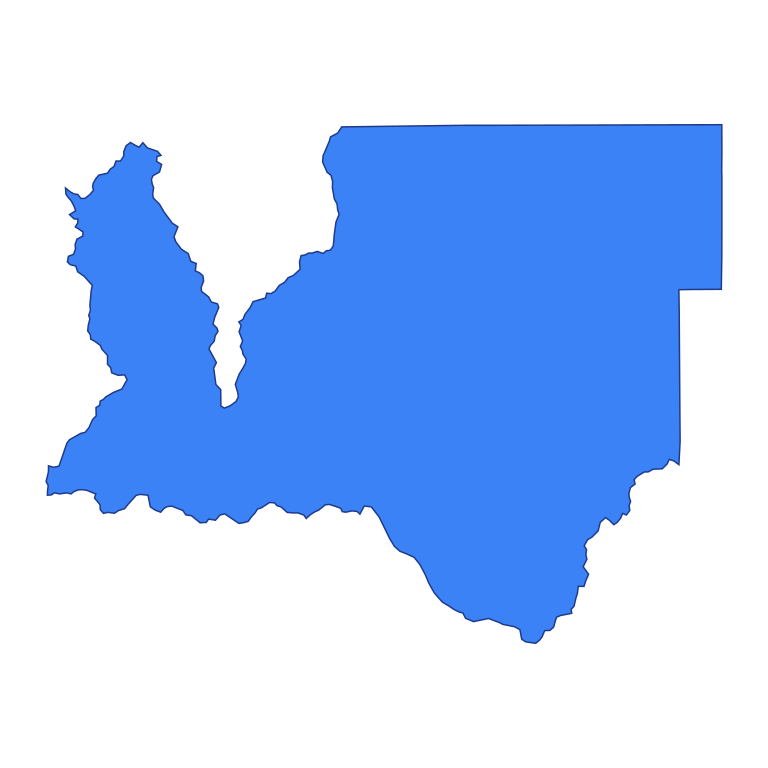 Presidente Médici, Rondônia, Brazil (Mercator projection)
{"feature_id": "56859067B10232029325302", "entity_name": "Presidente Médici", "entity_type": "district", "adm_level": 2, "iso_a3": "BRA", "parent_name": "Brazil", "parent_adm1": "Rondônia", "projection": "mercator", "projection_center": [-61.989, -11.194], "detail": "fine", "context": "isolated", "style": "filled", "palette": "blue", "viewbox_px": 768, "rotation_deg": 0, "n_neighbors": 0, "source": "geoboundaries", "source_scale": "gbopen_adm2", "svg_char_len": 4376}
<svg xmlns="http://www.w3.org/2000/svg" viewBox="0 0 768 768"><path d="M586.9,559.1L585.9,554.7L586.5,549.6L584.2,545.7L587.6,539.8L592.0,537.1L598.2,530.8L600.2,522.4L605.5,517.7L609.1,520.0L613.8,524.7L617.2,522.4L620.8,517.9L622.6,513.4L626.4,515.0L629.8,510.4L629.1,505.5L630.6,501.4L629.2,497.1L628.9,493.5L630.4,487.6L635.1,484.0L634.1,479.7L637.2,476.3L644.4,471.9L648.2,471.9L653.1,469.2L662.3,468.8L667.2,463.9L669.2,459.4L674.0,461.0L678.9,464.7L680.1,441.8L679.8,401.3L679.2,310.8L678.9,289.7L689.7,289.5L721.3,289.3L721.7,263.7L721.8,256.7L721.9,223.4L721.9,177.1L721.7,171.2L721.9,152.9L721.8,124.7L580.1,125.1L490.2,125.3L465.6,125.3L341.7,126.9L337.7,133.1L330.6,136.8L329.2,141.5L323.1,155.8L322.6,162.0L327.2,172.4L331.0,175.3L332.6,181.4L332.4,187.5L334.4,199.2L337.0,203.8L337.7,210.1L339.1,214.3L336.0,222.0L334.2,235.0L333.7,242.1L333.1,246.3L330.3,250.2L326.2,250.8L323.3,253.5L317.2,251.4L312.2,253.1L308.4,253.1L305.3,254.9L301.1,255.6L299.5,261.9L300.1,269.3L293.2,275.6L288.2,277.6L284.6,282.3L279.4,285.3L275.2,291.0L271.1,293.6L266.7,293.2L265.5,298.0L253.1,301.6L250.1,307.6L245.0,314.3L243.0,319.4L238.8,321.9L241.2,325.5L239.1,331.7L242.6,340.9L240.3,346.7L242.2,350.1L243.0,354.2L246.2,359.1L245.4,363.6L242.7,368.5L239.3,373.9L235.3,384.4L237.8,392.7L238.3,397.0L236.0,401.5L230.1,405.8L224.3,408.1L220.9,406.0L220.7,389.6L215.9,384.5L213.7,368.1L216.4,362.6L209.0,348.9L210.4,345.6L214.2,341.2L215.2,335.8L218.0,331.3L216.9,328.0L213.0,324.1L214.6,317.6L218.8,307.4L217.4,303.8L211.3,302.0L208.6,296.9L205.6,294.5L201.5,291.4L201.2,287.3L203.6,281.1L202.9,275.7L199.4,272.7L195.3,270.9L196.2,263.5L190.8,261.3L188.2,253.6L181.4,249.2L175.8,241.8L174.0,236.7L177.9,226.8L172.3,223.2L164.1,212.1L159.5,204.2L153.3,198.0L152.7,194.1L153.6,187.6L152.2,184.0L151.4,179.4L153.0,175.7L159.5,172.0L161.6,164.5L156.6,161.4L157.0,156.5L161.0,155.4L157.6,151.4L147.4,147.9L142.9,142.7L139.0,147.2L134.7,145.0L130.5,142.5L126.1,145.8L123.7,151.7L123.8,156.0L120.5,161.0L116.0,161.0L114.0,166.5L110.4,169.0L107.5,173.2L98.8,175.1L95.6,179.0L93.3,183.1L92.6,186.6L93.5,190.2L89.9,194.5L84.9,198.4L80.8,198.4L77.8,194.5L74.0,193.9L70.3,191.9L65.5,188.0L66.0,194.3L68.2,197.4L71.3,200.9L74.1,206.4L75.7,210.8L69.5,214.6L74.1,218.9L77.9,219.1L77.8,222.9L75.3,226.9L78.9,229.1L83.0,232.0L82.8,236.1L77.0,239.1L75.1,244.5L75.5,248.8L73.6,254.3L68.4,256.3L67.4,261.9L70.3,264.7L75.8,266.0L77.6,271.7L84.3,276.4L89.1,281.8L92.3,285.4L91.2,290.7L89.9,305.3L90.4,310.4L88.7,315.5L89.9,318.8L88.3,325.1L87.7,330.9L90.3,334.7L90.8,339.2L94.5,341.1L100.3,345.4L101.9,349.2L107.5,355.4L107.5,364.3L110.7,367.7L111.7,372.8L118.1,375.3L124.6,374.9L127.1,379.6L121.9,389.0L113.5,392.4L105.8,396.9L103.3,399.5L100.2,401.1L99.8,405.1L96.0,407.6L96.2,415.8L92.6,419.5L88.8,427.9L85.0,432.4L80.7,433.4L69.5,439.7L66.9,443.2L59.0,466.1L53.6,467.3L48.5,465.8L48.4,472.1L46.1,481.5L48.2,485.6L47.5,490.9L47.4,495.2L51.5,494.9L54.4,492.8L59.5,493.9L66.9,492.9L71.0,493.9L74.1,491.5L78.6,489.8L83.0,489.7L87.0,490.4L95.8,494.0L94.5,498.1L97.0,501.0L100.0,504.8L100.3,509.7L103.5,513.4L107.7,512.4L114.6,513.2L118.4,510.6L124.6,508.7L128.2,504.2L132.5,499.4L136.1,495.4L140.1,494.4L148.0,495.2L150.3,506.8L155.1,510.1L160.7,512.2L164.0,508.4L167.2,506.6L171.7,506.1L182.9,510.5L185.8,514.9L191.5,515.7L195.0,518.6L200.1,522.8L206.3,522.4L208.6,519.1L215.5,520.2L219.9,515.1L224.6,513.8L238.9,523.4L243.1,522.8L248.1,521.4L251.8,516.4L254.7,513.4L257.5,509.1L261.6,507.7L269.6,502.5L274.6,502.9L277.0,505.6L281.2,507.0L287.1,512.4L292.6,512.9L298.0,512.9L303.9,515.1L306.2,518.5L310.5,514.6L314.7,511.9L318.7,510.1L325.3,504.8L329.4,504.4L335.6,506.4L340.7,508.3L342.3,511.6L345.7,512.2L352.1,510.9L357.2,511.5L359.9,514.1L364.3,506.0L371.3,506.9L379.1,516.9L389.7,538.6L394.5,546.5L400.0,551.3L406.6,553.9L414.2,557.4L419.7,564.3L422.3,569.0L425.6,575.4L428.8,583.1L431.9,588.7L434.2,592.7L438.6,597.9L442.5,602.2L448.6,605.8L453.7,609.3L459.0,612.0L462.9,613.0L465.6,618.3L473.5,621.6L488.5,618.5L499.2,622.5L502.9,624.4L514.4,626.7L519.9,629.6L521.7,639.2L525.6,641.8L531.5,642.7L535.7,643.3L539.5,640.2L542.0,637.0L544.7,630.6L549.9,630.4L553.7,627.0L554.9,622.4L556.6,617.1L560.6,615.5L571.7,613.3L571.2,609.2L574.0,606.3L575.8,598.5L577.4,593.4L578.3,586.3L584.0,586.4L585.5,581.5L588.6,574.2L583.2,566.8L586.9,559.1Z" fill="#3b82f6" stroke="#1e3a8a" stroke-width="1.5"/></svg>